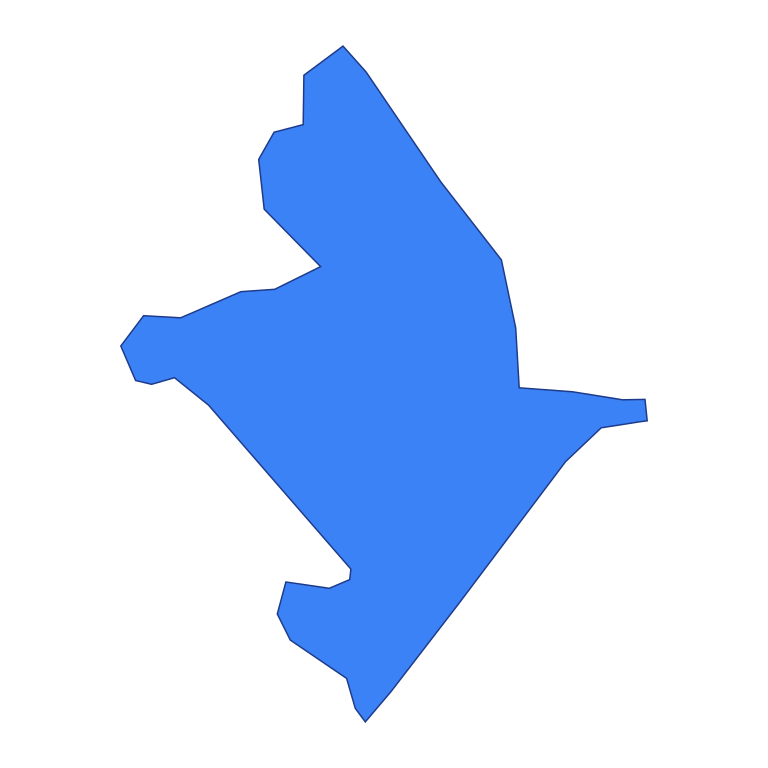 an SVG outline of Midlothian, rotated 90°
{"feature_id": "GBR-2024", "entity_name": "Midlothian", "entity_type": "Unitary District", "adm_level": 1, "iso_a3": "GBR", "parent_name": "United Kingdom", "parent_adm1": "", "projection": "mercator", "projection_center": [-3.084, 55.83], "detail": "fine", "context": "isolated", "style": "filled", "palette": "blue", "viewbox_px": 768, "rotation_deg": 90, "n_neighbors": 0, "source": "natural_earth", "source_scale": "10m", "svg_char_len": 659}
<svg xmlns="http://www.w3.org/2000/svg" viewBox="0 0 768 768"><g transform="rotate(90 384 384)"><path d="M399.4,123.0L420.8,120.8L420.9,121.3L421.8,128.4L427.8,166.8L461.7,202.5L603.7,309.3L691.6,377.0L721.9,402.7L708.4,412.7L678.4,421.4L640.1,477.7L614.0,490.7L582.0,482.1L588.3,438.8L579.6,418.3L569.1,417.1L405.1,559.5L377.7,593.5L384.3,616.4L380.5,632.4L346.0,647.2L315.7,624.4L317.8,587.3L291.7,527.2L289.3,493.3L266.6,447.4L209.2,503.8L159.4,509.3L132.2,493.9L124.6,464.8L75.2,464.1L46.1,425.0L72.0,401.9L181.9,327.2L259.9,266.6L327.9,252.3L387.8,248.8L391.8,195.3L399.8,145.4L399.4,123.0Z" fill="#3b82f6" stroke="#1e3a8a" stroke-width="1.5"/></g></svg>